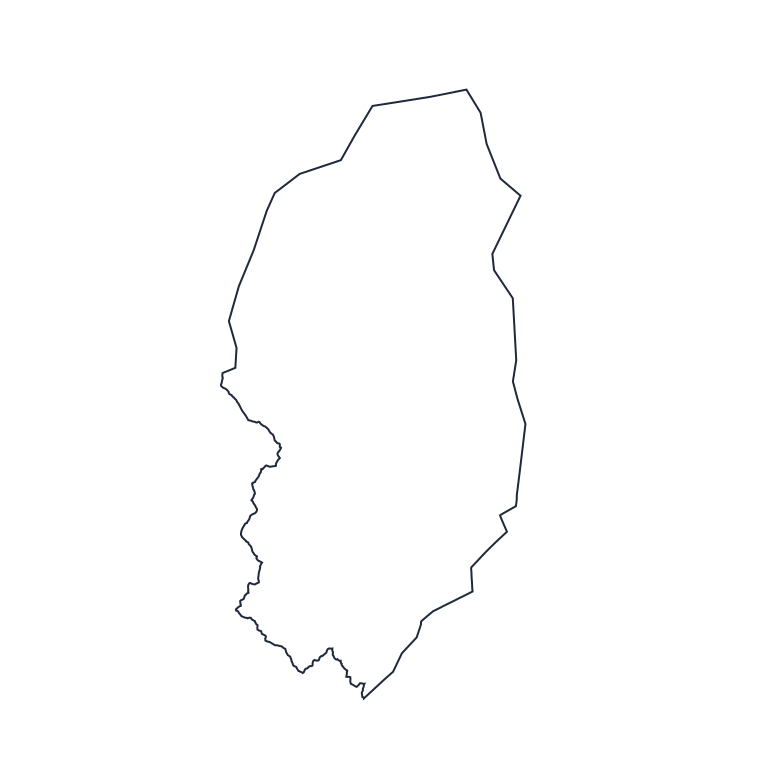 Altai, Bayan-Ölgiy, Mongolia, rotated 46°
{"feature_id": "93677404B43382334794440", "entity_name": "Altai", "entity_type": "district", "adm_level": 2, "iso_a3": "MNG", "parent_name": "Mongolia", "parent_adm1": "Bayan-Ölgiy", "projection": "orthographic", "projection_center": [89.76, 48.197], "detail": "fine", "context": "isolated", "style": "outline", "palette": "slate", "viewbox_px": 768, "rotation_deg": 46, "n_neighbors": 0, "source": "geoboundaries", "source_scale": "gbopen_adm2", "svg_char_len": 6153}
<svg xmlns="http://www.w3.org/2000/svg" viewBox="0 0 768 768"><g transform="rotate(46 384 384)"><path d="M511.0,310.0L487.4,298.3L471.7,289.5L458.8,272.4L411.8,231.8L378.6,225.8L365.7,215.7L343.4,155.0L317.1,157.6L282.6,143.4L256.0,126.1L229.5,120.2L209.4,151.5L176.0,199.1L184.9,232.4L193.0,259.5L174.3,298.7L170.7,329.9L178.0,348.1L197.3,384.9L212.9,420.6L231.0,451.9L255.6,465.0L269.1,479.7L264.0,492.4L264.7,493.4L265.6,494.5L266.4,495.2L267.0,495.3L267.3,495.7L268.0,496.1L268.3,496.9L268.7,497.7L269.2,498.2L269.4,498.6L270.2,499.6L271.1,501.5L271.6,502.1L272.2,502.4L272.7,502.5L275.1,502.3L277.2,501.3L279.1,501.1L281.3,501.1L282.8,502.0L283.4,502.1L284.7,501.9L286.1,501.3L286.7,501.6L288.0,501.5L288.8,501.6L289.4,501.3L290.1,501.5L291.5,501.5L292.6,501.4L295.3,502.2L296.8,502.2L297.5,502.4L298.2,502.7L299.1,502.9L304.6,504.6L310.5,505.4L315.7,506.7L316.6,506.3L317.3,505.6L319.7,504.5L321.3,503.3L322.5,502.9L323.2,502.4L323.4,502.2L323.8,501.4L323.9,500.6L325.0,500.0L326.2,500.3L327.3,500.3L330.2,499.9L331.9,499.1L333.6,498.8L336.3,498.7L337.6,499.1L340.0,499.6L341.8,499.4L342.9,499.1L343.4,499.1L344.6,499.5L345.9,500.1L348.6,501.8L350.1,501.8L350.6,501.6L351.4,501.9L352.3,501.8L352.7,501.7L353.1,501.3L353.8,500.9L354.7,500.7L355.0,500.8L356.8,502.6L357.1,502.7L357.6,502.7L358.0,502.3L358.3,502.3L358.6,502.8L359.0,504.1L359.5,506.3L359.6,507.7L360.0,508.8L360.5,509.4L361.4,509.8L362.0,510.0L364.7,510.3L365.0,510.5L365.0,511.9L365.0,513.0L365.7,515.4L366.3,517.0L367.8,518.7L367.8,518.9L366.3,520.7L364.2,523.7L361.5,524.9L360.8,525.3L360.6,525.9L360.6,526.5L360.8,527.9L360.7,529.4L360.9,529.8L360.9,530.3L360.6,530.8L360.0,531.2L359.9,531.4L360.1,531.7L361.0,532.4L361.2,533.1L361.7,533.6L362.0,534.2L362.0,534.8L362.1,535.7L363.0,537.3L363.6,539.0L363.7,539.5L363.8,540.6L364.3,543.7L364.5,544.1L364.9,544.6L364.1,546.5L364.3,546.9L364.3,547.1L363.9,547.7L364.1,548.1L366.0,549.5L367.0,549.9L369.1,551.2L370.0,551.2L371.7,552.0L373.3,553.1L373.4,553.4L373.3,554.1L373.7,554.6L375.0,557.4L375.4,559.8L375.6,560.2L376.6,560.0L377.7,560.1L378.9,560.7L381.3,561.0L382.7,561.4L383.9,561.9L385.4,562.1L386.2,562.6L386.7,563.2L387.0,564.2L387.3,564.6L387.3,566.7L386.4,568.8L386.1,570.4L386.0,571.8L386.4,572.7L387.3,574.1L387.7,575.1L387.9,576.0L388.3,578.2L388.5,578.6L388.8,579.1L388.1,580.5L388.1,581.0L388.7,583.3L389.4,585.7L390.7,588.7L392.0,590.5L393.1,591.6L393.5,591.8L394.9,592.2L395.1,592.4L395.8,592.5L396.2,592.4L398.0,592.5L398.4,592.4L400.6,592.3L401.3,592.5L401.4,592.3L402.3,592.3L402.8,592.0L403.8,591.8L404.1,591.9L404.8,592.4L405.5,592.5L408.8,592.6L409.1,592.7L409.5,593.1L410.0,593.2L412.5,594.7L413.3,595.1L415.3,595.3L416.0,595.6L416.7,595.7L418.3,595.5L419.7,595.1L420.6,596.8L421.0,597.0L422.7,597.2L424.0,597.1L425.0,596.6L427.8,595.8L428.0,597.2L429.1,599.9L429.3,600.2L430.1,600.6L432.9,605.2L434.3,607.0L434.7,607.3L435.7,608.7L436.6,609.8L436.9,610.0L438.8,610.9L439.7,611.7L439.8,611.9L438.9,614.3L438.6,615.9L437.9,616.6L436.3,617.7L434.5,618.3L433.9,618.8L433.8,619.1L433.8,619.6L434.0,620.1L434.1,620.8L434.3,621.2L434.6,621.7L435.8,623.0L437.5,624.3L438.2,625.1L438.5,625.6L439.0,625.7L439.7,626.2L440.1,626.6L439.8,627.1L439.5,627.7L439.4,628.7L439.6,629.8L439.4,631.0L439.5,631.3L439.8,631.6L440.4,632.8L441.0,633.8L441.1,634.3L440.7,636.0L440.2,637.0L440.1,638.0L440.9,638.9L442.0,639.5L442.5,640.1L443.6,640.5L444.1,641.2L444.1,641.3L443.4,642.8L443.2,646.4L443.3,647.2L444.0,647.7L444.2,647.8L445.4,647.1L446.2,646.9L446.7,647.1L447.4,647.2L448.2,647.5L449.6,647.5L452.1,647.8L453.0,647.3L454.8,646.7L455.8,646.1L457.0,645.1L457.8,644.9L458.7,642.9L459.8,642.3L460.2,642.2L461.2,642.6L461.6,642.6L462.8,642.3L464.2,641.9L464.8,641.6L465.3,641.8L465.8,642.2L466.5,642.2L467.7,642.7L469.7,642.5L471.2,644.3L471.7,644.7L472.3,645.3L472.7,645.6L474.5,645.2L475.2,644.8L475.9,644.2L476.5,644.2L477.1,644.4L478.8,645.4L482.7,644.1L483.2,644.1L484.1,645.0L484.6,646.3L486.3,647.6L488.5,646.6L490.1,645.5L496.2,643.9L497.5,642.5L500.5,640.7L501.5,639.9L503.9,639.7L504.8,639.4L505.9,639.0L509.2,640.7L512.1,641.5L514.0,641.1L514.6,640.9L515.0,640.9L518.4,642.4L518.6,642.7L519.3,643.1L519.9,643.2L520.4,643.5L521.5,643.8L522.1,644.1L522.6,644.4L523.6,644.8L525.4,644.2L526.4,643.7L530.5,644.8L531.1,644.8L531.4,644.7L531.7,644.4L532.7,644.1L535.1,643.1L535.4,643.2L535.6,642.4L535.5,641.5L535.0,640.6L534.4,638.6L534.5,638.0L535.1,637.0L535.2,636.7L535.2,635.6L535.3,634.7L535.2,634.1L535.9,632.8L536.5,632.1L536.7,631.8L536.8,630.9L536.7,630.7L535.5,629.6L534.3,627.9L534.1,627.3L534.1,626.4L534.3,625.6L534.8,625.5L535.8,624.9L537.2,623.5L537.3,623.2L537.2,622.3L536.7,621.3L536.3,620.8L536.0,619.9L536.2,617.9L536.7,617.6L536.8,617.3L536.8,616.5L537.1,616.0L536.9,615.2L536.9,614.9L537.1,613.5L537.2,612.1L536.8,611.3L536.3,610.8L536.2,610.5L535.9,609.7L535.7,608.4L535.9,607.5L536.6,606.9L537.2,606.1L538.0,605.6L538.4,604.9L539.8,606.4L541.1,606.8L541.6,607.1L542.1,607.6L542.8,608.7L543.9,609.3L544.5,609.2L546.4,609.9L547.2,610.1L548.4,610.0L549.4,609.4L549.6,608.6L550.4,608.7L552.0,608.4L552.5,608.1L553.0,607.4L554.6,608.7L555.2,608.9L555.7,608.7L555.8,608.7L557.1,609.8L558.8,609.8L560.5,610.1L563.2,609.9L564.6,609.5L564.9,609.8L565.4,610.9L566.5,611.8L568.4,614.5L569.1,614.0L570.3,612.6L571.5,611.9L572.2,612.6L572.9,613.0L573.9,614.2L574.7,615.0L576.2,615.9L576.8,616.1L578.5,615.4L582.0,614.5L582.9,614.0L582.9,613.9L582.9,611.4L582.8,610.5L582.6,609.3L582.6,609.1L583.7,608.1L585.6,606.8L586.0,606.3L586.3,607.3L587.2,608.3L587.9,609.5L588.5,610.9L589.8,612.1L590.4,613.9L590.7,614.5L594.1,617.0L595.1,616.5L595.6,616.7L595.8,616.6L596.2,616.9L596.8,588.7L597.3,577.4L590.1,558.1L589.0,536.6L582.7,524.5L580.9,522.7L580.6,521.7L580.7,519.1L581.1,512.8L581.6,506.4L584.2,498.3L584.8,496.0L585.6,493.6L589.0,483.0L590.5,477.9L591.5,475.0L594.8,464.4L592.8,462.9L587.3,458.1L582.9,454.4L580.2,451.9L577.0,449.3L576.5,448.4L576.4,445.3L576.0,437.0L575.8,433.8L575.5,426.1L575.4,412.3L575.5,407.6L575.7,398.2L567.1,395.0L560.9,392.6L559.1,391.7L559.3,390.3L563.5,374.0L561.1,370.9L558.5,367.9L556.3,365.8L541.4,347.3L511.0,310.0Z" fill="none" stroke="#1e293b" stroke-width="2"/></g></svg>